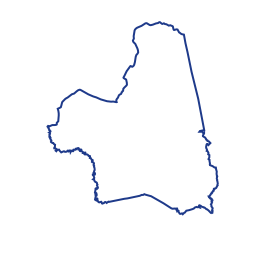 outline of Tan Bien, Tây Ninh, Vietnam, rotated 349°
{"feature_id": "81297802B37342354446447", "entity_name": "Tan Bien", "entity_type": "district", "adm_level": 2, "iso_a3": "VNM", "parent_name": "Vietnam", "parent_adm1": "Tây Ninh", "projection": "mercator", "projection_center": [105.982, 11.586], "detail": "fine", "context": "isolated", "style": "outline", "palette": "blue", "viewbox_px": 256, "rotation_deg": 349, "n_neighbors": 0, "source": "geoboundaries", "source_scale": "gbopen_adm2", "svg_char_len": 5782}
<svg xmlns="http://www.w3.org/2000/svg" viewBox="0 0 256 256"><g transform="rotate(349 128 128)"><path d="M183.2,219.7L182.8,217.9L183.0,217.6L183.4,217.5L184.5,218.2L185.4,219.4L186.6,219.9L187.0,220.4L187.8,220.6L188.2,221.0L189.5,222.7L190.1,222.9L191.3,224.3L193.1,227.1L194.3,227.1L194.4,227.4L194.7,227.3L194.9,226.1L194.7,225.5L195.0,225.4L194.8,225.1L195.2,224.6L195.2,223.8L195.7,223.3L195.7,222.4L194.9,221.0L195.1,220.1L195.0,219.2L195.2,218.8L195.0,218.6L195.7,218.0L195.7,217.8L196.4,216.8L196.2,216.6L196.3,216.2L196.0,216.2L196.0,215.7L196.4,214.8L196.9,214.7L196.5,214.2L196.7,213.8L196.3,213.1L196.1,213.0L196.0,213.3L195.8,213.0L195.6,213.2L195.1,212.7L194.9,211.9L194.3,211.5L194.1,210.5L194.7,210.5L195.3,210.3L195.8,209.7L196.1,209.2L196.5,209.1L196.8,208.5L197.4,208.2L197.6,207.8L197.9,208.0L198.5,207.4L198.7,207.1L198.8,206.6L199.6,206.2L199.7,205.7L200.0,205.5L200.3,205.6L200.6,204.4L201.1,204.4L201.1,204.0L202.9,203.8L203.6,203.2L203.9,202.5L204.4,202.1L204.7,201.5L205.0,201.4L204.9,200.9L205.5,199.8L205.6,197.3L205.4,196.7L205.7,196.0L205.5,194.8L205.6,194.1L206.0,193.4L206.0,192.7L206.4,192.4L206.1,191.1L206.3,189.4L206.8,187.8L206.6,185.3L206.7,183.6L205.4,183.3L203.8,181.6L201.4,180.1L201.4,179.1L201.7,178.5L201.7,177.4L201.7,175.6L202.0,175.0L201.1,173.9L202.2,172.4L202.7,170.1L201.7,169.1L202.2,168.0L202.2,167.6L201.7,166.0L200.9,165.5L201.3,164.9L201.4,164.0L201.0,163.1L201.0,161.6L202.0,159.2L202.4,158.8L203.0,158.9L203.7,160.1L206.0,158.5L204.8,156.6L203.5,155.8L203.6,155.3L202.6,154.4L202.6,153.7L202.3,153.4L202.0,152.2L200.4,150.8L200.0,150.3L200.0,150.0L200.6,149.0L201.6,148.0L201.8,147.1L201.4,147.3L201.0,147.3L200.5,146.9L200.5,146.4L199.8,145.7L197.4,145.3L198.0,144.7L202.4,144.6L202.5,112.6L201.1,84.9L200.9,65.0L200.6,55.7L200.7,47.0L198.8,46.2L197.9,45.5L196.9,44.3L196.4,43.9L195.4,40.8L194.3,40.4L192.1,40.6L191.7,40.4L191.5,39.7L191.4,36.9L191.1,36.5L189.1,35.2L187.6,35.3L185.5,33.5L184.1,33.0L183.2,32.1L181.7,32.4L181.1,32.1L179.5,30.2L178.9,30.1L177.5,30.7L175.3,30.7L172.1,31.3L169.9,31.4L168.9,31.0L166.5,28.8L166.0,28.6L165.0,28.6L160.8,30.3L156.1,31.3L154.8,31.9L153.7,32.7L153.1,33.5L151.1,38.9L150.8,41.4L149.5,43.1L149.5,43.7L149.8,44.8L151.2,46.8L152.4,51.7L152.6,53.7L152.4,55.8L151.4,57.0L150.3,57.7L149.2,59.5L147.4,64.5L146.1,67.2L145.1,68.2L144.0,68.7L143.6,68.6L142.5,67.7L142.0,67.8L137.5,72.0L134.6,75.9L133.2,77.6L133.3,78.2L135.4,80.1L135.5,83.2L135.2,85.3L134.7,85.9L132.0,87.7L130.9,88.6L130.3,90.5L129.8,90.9L129.5,90.9L129.0,91.6L128.5,91.8L128.0,92.9L127.7,93.2L126.1,93.7L125.3,94.2L123.9,96.3L122.6,97.4L122.0,98.1L121.7,99.2L121.8,100.4L121.4,100.4L118.8,99.3L116.3,98.9L112.5,97.7L106.7,94.7L102.7,91.9L99.9,90.4L95.5,87.4L88.6,81.5L87.8,81.2L86.3,81.4L84.6,82.2L81.7,83.9L79.3,84.2L74.5,86.6L73.1,87.0L71.8,87.6L68.6,89.8L68.1,90.5L66.9,93.1L66.0,94.8L64.4,95.3L62.7,95.7L62.9,97.9L62.8,100.3L62.4,102.5L60.8,108.1L59.4,109.1L59.0,109.5L58.8,110.8L58.5,111.1L57.2,111.2L54.2,110.7L51.3,111.3L50.0,110.7L49.3,111.2L49.4,111.7L49.7,111.9L50.1,112.6L50.1,113.0L49.9,113.3L50.4,114.3L50.2,115.0L50.4,115.5L50.5,115.8L51.0,115.8L51.3,116.4L51.2,116.7L50.7,117.0L50.5,117.5L49.8,117.6L50.3,118.2L50.4,118.7L50.1,119.2L49.5,119.7L49.5,120.4L49.3,121.0L49.7,121.2L49.8,121.5L49.2,122.3L49.3,122.6L49.9,122.5L50.1,122.8L50.0,123.2L49.6,123.5L49.9,124.9L50.3,125.2L50.4,126.0L49.7,126.9L49.8,127.2L51.1,128.4L51.8,128.5L52.3,129.7L53.2,130.5L52.4,133.3L52.1,133.6L51.8,133.5L51.7,133.7L51.8,134.0L52.7,134.0L53.6,134.9L53.6,135.3L53.3,135.8L53.2,136.2L52.7,136.5L53.2,137.1L53.4,136.9L53.6,136.4L54.2,136.3L54.3,135.9L54.6,135.7L55.1,136.0L56.2,136.1L56.5,137.2L57.8,139.2L60.4,138.6L60.9,138.7L61.3,139.2L62.2,139.5L63.0,139.5L63.8,139.3L64.4,138.7L64.8,138.7L65.0,138.9L65.1,139.1L64.7,140.3L65.9,139.1L66.7,138.9L67.2,139.2L67.1,140.6L67.8,139.8L68.4,139.5L68.8,139.5L69.1,140.1L69.7,140.3L69.9,140.2L70.2,139.2L70.4,138.9L72.0,139.3L72.7,139.1L72.5,138.8L72.7,138.4L73.5,138.4L73.9,138.9L74.5,138.2L75.4,138.2L75.9,138.7L75.8,140.1L76.1,140.5L76.5,140.3L77.2,140.4L77.5,140.1L78.0,140.3L78.1,140.8L78.0,141.4L77.3,141.8L78.4,142.3L78.8,142.6L79.3,143.2L79.3,143.6L79.1,143.9L80.0,144.0L81.0,143.9L81.4,144.0L81.4,144.5L81.3,144.9L80.8,145.4L80.3,145.4L80.4,145.6L82.2,146.0L83.1,146.3L83.6,146.9L84.0,147.9L85.0,148.1L85.3,148.3L85.3,148.8L84.9,149.6L84.8,150.1L85.6,150.3L86.3,152.4L86.9,152.5L87.2,152.8L87.1,153.3L86.4,153.8L86.1,154.4L86.3,154.7L87.5,155.3L87.8,155.9L87.8,156.6L87.1,157.7L87.6,158.6L87.5,159.1L87.2,159.5L87.5,160.8L87.3,162.7L87.0,163.3L86.5,163.8L86.3,164.6L85.9,165.0L86.8,165.8L86.9,166.1L86.9,166.8L86.5,167.4L86.3,167.4L85.6,167.1L85.5,166.5L84.9,166.6L84.6,166.8L84.5,167.5L85.1,168.3L85.4,170.5L85.1,171.0L84.0,171.7L84.9,172.2L85.0,173.5L85.7,174.8L86.5,175.2L86.9,175.7L87.0,176.2L86.9,176.8L87.2,177.7L86.6,178.4L87.1,180.7L86.9,181.2L85.8,181.9L85.3,181.7L85.1,181.1L84.6,181.3L84.2,182.8L83.2,185.1L83.4,185.8L84.2,185.6L84.5,186.0L84.5,187.8L84.2,188.3L83.3,188.0L83.3,188.9L82.0,191.9L82.2,192.4L83.0,193.0L83.4,191.5L83.7,191.2L84.4,191.4L84.5,191.8L84.3,192.6L84.3,193.2L84.8,194.9L85.5,195.5L87.6,195.3L87.9,195.8L88.0,196.9L88.3,197.3L90.0,197.1L90.9,196.4L91.6,196.3L92.1,196.6L92.7,197.5L94.6,196.6L95.0,196.6L95.2,196.9L110.9,196.8L114.1,197.0L126.6,196.8L128.7,196.3L130.0,196.6L131.4,196.1L132.3,196.7L137.7,199.4L148.5,208.7L155.3,215.2L156.5,215.8L158.2,215.9L158.6,216.1L160.8,216.4L160.9,217.1L160.0,217.7L160.1,218.0L161.0,218.5L160.5,218.7L160.5,219.0L160.4,219.3L161.6,219.5L162.3,221.8L162.7,222.2L163.3,222.3L164.7,222.1L165.3,223.1L166.9,222.0L167.6,221.9L169.5,220.3L172.2,220.3L176.0,219.9L177.3,219.6L178.3,218.9L179.0,218.7L180.4,218.6L180.9,219.0L182.2,219.1L183.2,219.7Z" fill="none" stroke="#1e3a8a" stroke-width="2"/></g></svg>